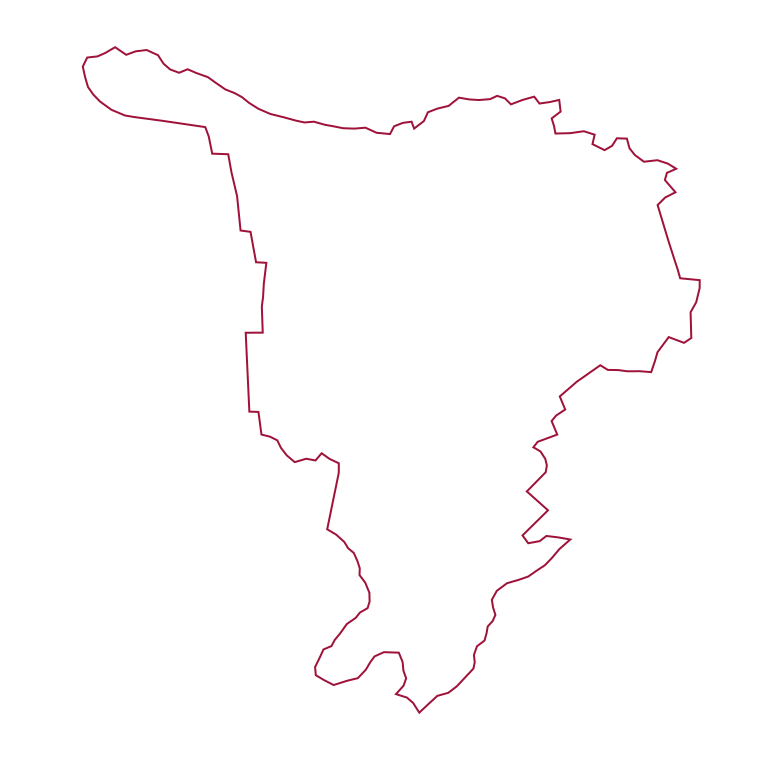 outline of Seara, Santa Catarina, Brazil, rotated 272°
{"feature_id": "56859067B54105310759595", "entity_name": "Seara", "entity_type": "district", "adm_level": 2, "iso_a3": "BRA", "parent_name": "Brazil", "parent_adm1": "Santa Catarina", "projection": "equal_earth", "projection_center": [-52.347, -27.133], "detail": "fine", "context": "isolated", "style": "outline", "palette": "rose", "viewbox_px": 768, "rotation_deg": 272, "n_neighbors": 0, "source": "geoboundaries", "source_scale": "gbopen_adm2", "svg_char_len": 2744}
<svg xmlns="http://www.w3.org/2000/svg" viewBox="0 0 768 768"><g transform="rotate(272 384 384)"><path d="M684.5,197.3L688.3,185.4L691.7,176.8L687.9,168.4L690.9,159.3L696.4,152.5L704.7,146.7L709.5,135.1L707.8,124.2L704.0,114.9L711.2,103.5L705.1,93.9L701.4,86.2L699.9,76.0L690.7,71.9L680.2,74.6L670.5,77.8L663.2,83.3L656.4,90.3L648.5,102.1L643.3,115.8L642.1,124.9L639.3,153.4L634.5,196.4L625.3,200.2L608.2,204.3L608.2,220.3L590.1,224.2L566.7,230.6L532.4,235.3L531.4,245.3L501.2,251.9L501.0,262.2L480.2,260.4L466.4,260.1L457.5,259.2L431.1,261.0L430.4,244.0L351.7,250.4L351.7,259.5L329.2,263.3L327.4,271.8L324.0,279.3L316.5,283.3L309.3,289.3L302.8,297.5L306.6,308.9L305.2,318.2L312.6,324.1L307.2,332.3L303.2,341.6L293.6,341.9L236.8,332.3L231.7,341.6L224.8,349.8L218.6,353.9L214.1,359.7L206.4,363.5L199.0,366.2L192.2,366.2L184.8,372.2L174.8,376.7L166.0,377.2L159.4,375.4L154.9,368.1L149.2,363.8L142.9,355.3L133.0,348.7L126.5,343.7L120.3,340.7L116.6,332.8L108.3,329.3L98.7,325.0L90.6,326.0L86.1,334.2L81.4,344.2L86.1,357.4L89.1,368.1L97.8,375.8L105.3,379.9L111.4,384.0L116.0,393.3L116.0,408.2L106.8,412.3L98.2,413.4L90.6,416.4L83.2,414.1L74.5,406.8L71.4,417.9L66.2,424.3L56.8,430.7L67.0,440.9L74.2,448.2L77.6,459.0L84.5,467.4L102.7,483.3L109.1,484.4L116.3,483.3L125.2,486.1L131.1,493.4L138.5,495.2L145.3,496.1L150.8,500.8L157.1,503.4L164.5,500.8L172.1,499.3L181.3,504.0L189.2,513.9L193.3,526.4L196.7,535.0L202.6,542.8L208.4,551.0L215.9,557.8L225.2,565.1L235.1,575.6L236.8,563.3L237.8,551.6L232.4,545.1L229.9,533.7L237.5,527.7L263.5,552.3L281.6,530.5L292.1,540.1L301.5,548.7L308.3,549.6L314.8,547.8L322.0,542.8L326.0,535.5L331.6,539.6L339.5,558.9L352.8,552.8L358.5,557.1L364.8,566.0L377.7,560.1L393.1,576.7L410.3,599.5L405.9,607.2L406.1,617.7L405.2,626.6L405.7,639.2L405.2,650.6L416.1,653.9L425.3,656.2L440.8,666.9L435.6,682.4L440.7,689.5L466.4,687.9L476.7,693.2L490.9,696.1L498.8,695.9L500.0,676.3L508.4,673.6L521.0,669.0L537.4,663.1L572.4,651.2L580.2,658.5L585.8,668.6L592.2,662.6L597.7,657.6L604.9,659.4L609.3,668.5L614.2,659.9L617.2,649.4L615.2,636.0L621.7,626.6L628.2,621.1L637.7,618.2L637.7,608.2L630.0,603.6L625.4,596.3L631.0,584.0L640.5,585.8L643.6,574.9L641.2,561.5L640.3,546.6L647.5,545.0L655.3,542.3L662.4,551.0L674.0,549.2L671.6,540.0L669.7,529.6L676.4,524.1L672.7,512.5L667.9,501.1L673.7,494.9L675.9,487.0L672.4,480.1L671.1,469.0L671.4,459.0L672.8,448.9L664.2,438.9L661.1,427.8L657.1,418.4L648.2,414.7L640.3,405.2L647.1,402.4L645.6,393.6L641.9,385.1L634.0,381.3L634.8,367.9L639.5,356.5L638.2,345.5L638.2,334.1L639.7,325.0L641.0,315.9L643.7,304.8L642.6,295.4L644.1,287.0L647.1,274.3L649.9,261.0L654.6,249.0L660.2,239.4L665.7,232.1L669.4,224.8L672.9,215.1L679.3,205.1L684.5,197.3Z" fill="none" stroke="#9f1239" stroke-width="2"/></g></svg>